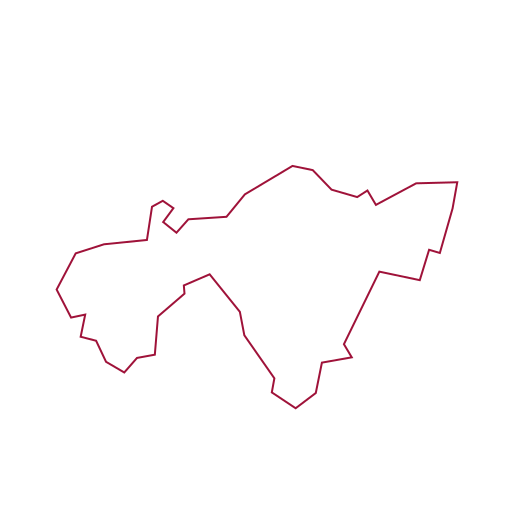 the district of Arachinovo, Lipkovo, North Macedonia, rotated 212°
{"feature_id": "65306769B96419265045604", "entity_name": "Arachinovo", "entity_type": "district", "adm_level": 2, "iso_a3": "MKD", "parent_name": "North Macedonia", "parent_adm1": "Lipkovo", "projection": "orthographic", "projection_center": [21.596, 42.042], "detail": "fine", "context": "isolated", "style": "outline", "palette": "rose", "viewbox_px": 512, "rotation_deg": 212, "n_neighbors": 0, "source": "geoboundaries", "source_scale": "gbopen_adm2", "svg_char_len": 725}
<svg xmlns="http://www.w3.org/2000/svg" viewBox="0 0 512 512"><g transform="rotate(212 256 256)"><path d="M306.0,87.4L302.9,106.5L289.5,118.7L307.1,152.8L296.7,186.2L301.6,192.8L285.6,215.9L240.1,200.1L223.9,182.6L175.6,162.0L170.3,148.7L141.7,147.9L132.7,171.5L143.6,200.5L121.1,220.8L134.7,227.8L143.1,308.1L104.3,322.3L112.5,353.0L101.7,356.0L114.5,400.5L124.4,425.2L158.7,402.5L181.4,362.9L196.2,370.6L201.4,359.6L227.1,352.3L253.4,358.9L272.8,351.7L298.1,302.4L301.8,273.6L332.8,251.3L335.8,233.6L352.7,235.6L351.4,252.8L364.3,253.4L370.3,242.7L357.0,211.8L391.1,185.4L410.3,162.7L407.3,121.9L380.2,105.8L369.8,115.8L361.9,94.6L346.7,99.4L327.1,86.8L306.0,87.4Z" fill="none" stroke="#9f1239" stroke-width="2"/></g></svg>